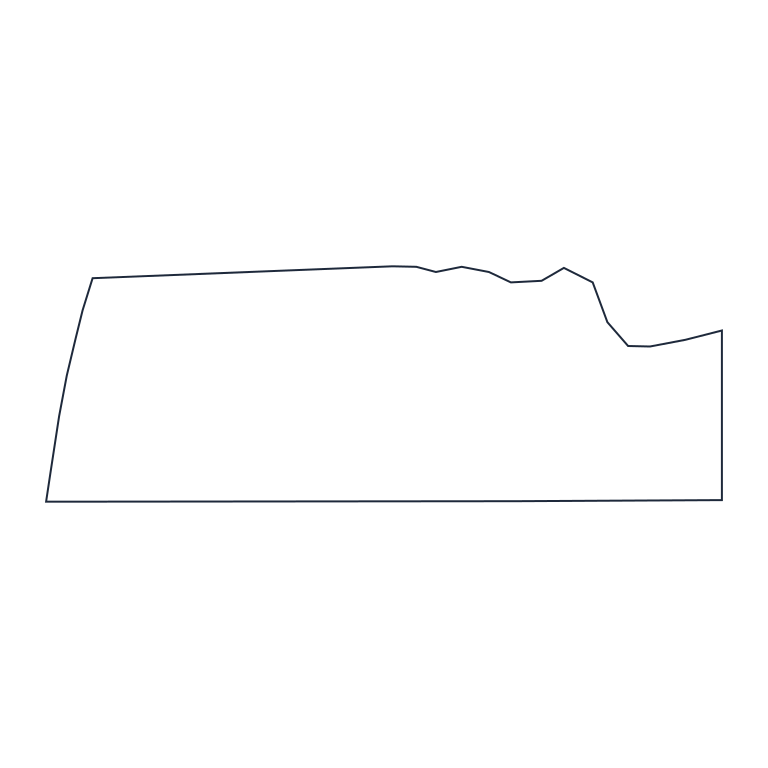 Madre de Deus, Brazil (Equal Earth projection)
{"feature_id": "56859067B85050337998632", "entity_name": "Madre de Deus", "entity_type": "district", "adm_level": 2, "iso_a3": "BRA", "parent_name": "Brazil", "parent_adm1": "", "projection": "equal_earth", "projection_center": [-38.635, -12.74], "detail": "fine", "context": "isolated", "style": "outline", "palette": "slate", "viewbox_px": 768, "rotation_deg": 0, "n_neighbors": 0, "source": "geoboundaries", "source_scale": "gbopen_adm2", "svg_char_len": 408}
<svg xmlns="http://www.w3.org/2000/svg" viewBox="0 0 768 768"><path d="M721.9,330.5L685.4,339.8L650.0,346.5L628.1,346.0L607.4,322.2L592.7,282.4L563.9,267.9L541.6,280.8L510.9,282.4L488.9,272.0L461.7,266.8L435.9,272.0L416.3,266.8L392.5,266.3L92.6,278.2L82.6,310.3L75.7,338.2L66.8,375.5L59.1,416.3L50.3,473.8L46.1,501.7L515.9,501.2L721.9,500.1L721.9,330.5Z" fill="none" stroke="#1e293b" stroke-width="2"/></svg>